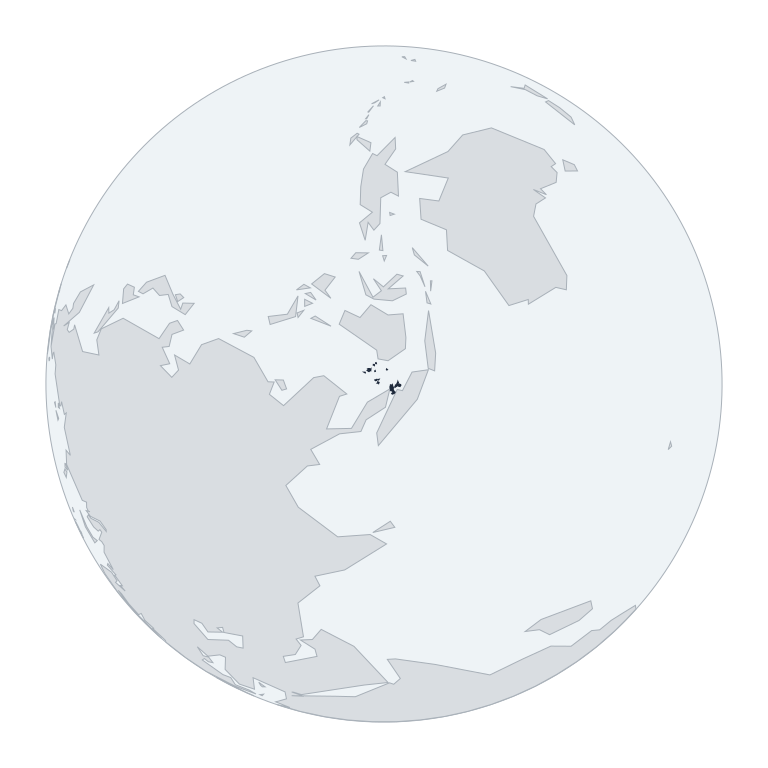 the Earth from above Kepulauan Riau, rotated 256°
{"feature_id": "IDN-1796", "entity_name": "Kepulauan Riau", "entity_type": "Province", "adm_level": 1, "iso_a3": "IDN", "parent_name": "Indonesia", "parent_adm1": "", "projection": "orthographic", "projection_center": [105.285, 2.055], "detail": "fine", "context": "on_globe", "style": "filled", "palette": "slate", "viewbox_px": 768, "rotation_deg": 256, "n_neighbors": 0, "source": "natural_earth", "source_scale": "10m", "svg_char_len": 12472}
<svg xmlns="http://www.w3.org/2000/svg" viewBox="0 0 768 768"><g transform="rotate(256 384 384)"><circle cx="384" cy="384" r="338" fill="#eef3f6" stroke="#a8b0b8"/><path d="M697.2,480.5L696.7,483.0L696.5,483.3L697.2,480.5ZM576.5,106.3L580.7,109.4L573.1,104.0L576.5,106.3ZM559.2,95.0L559.5,95.2L552.9,91.3L550.4,90.1L542.2,85.7L533.0,80.7L527.6,78.1L529.8,79.4L523.0,76.6L520.6,75.0L508.5,70.3L494.4,64.6L516.7,73.2L538.3,83.4L559.2,95.0ZM551.4,90.8L554.2,92.4L551.7,91.2L551.4,90.8ZM537.0,83.6L532.2,81.7L535.5,82.7L537.0,83.6ZM528.3,80.0L516.8,76.4L521.9,79.3L501.0,70.0L517.7,75.5L521.0,76.0L523.2,77.5L528.3,80.0ZM491.3,65.9L487.2,64.6L489.8,65.0L491.3,65.9ZM98.8,202.7L92.8,214.5L101.8,202.0L102.1,213.2L109.2,213.5L130.7,185.9L119.2,184.5L127.8,171.1L145.5,160.8L157.2,164.1L160.9,159.2L162.5,147.3L174.2,139.3L164.1,142.8L161.4,147.8L155.0,150.6L157.0,146.4L161.1,143.3L160.2,140.9L141.0,157.4L136.2,164.3L128.2,167.0L119.6,179.2L114.2,184.8L126.8,166.5L132.5,159.9L148.2,141.9L166.6,125.3L186.2,110.0L188.0,109.9L192.1,107.4L203.1,100.2L202.3,101.7L212.6,94.8L220.1,92.9L219.6,90.1L232.5,83.2L244.0,78.6L248.1,76.2L229.4,84.0L222.0,87.9L215.8,91.7L195.6,103.8L192.1,105.9L198.9,101.3L222.1,87.4L246.3,75.4L267.7,67.3L277.8,65.2L267.3,74.1L257.6,77.4L256.5,75.5L245.7,82.8L252.2,79.5L251.5,81.3L263.6,76.5L263.7,77.7L275.2,71.7L276.6,72.6L269.4,76.4L288.5,71.7L295.0,73.4L299.3,72.0L302.1,69.9L308.5,74.3L311.4,73.1L310.4,71.1L315.5,67.7L327.0,63.9L328.6,65.5L324.6,67.1L318.8,73.8L308.1,78.8L309.9,79.2L319.6,75.4L326.7,67.1L333.2,64.4L331.2,67.8L332.4,66.3L336.1,65.6L341.3,66.8L344.1,63.1L382.8,56.6L396.7,59.5L390.6,62.4L419.3,63.3L432.8,68.7L431.8,66.5L444.9,66.9L440.9,65.1L441.4,64.2L473.3,67.3L482.0,70.2L494.6,71.3L494.2,70.5L488.4,68.2L501.0,70.0L521.9,79.3L521.9,80.5L534.9,86.5L533.2,88.9L537.7,94.5L528.3,95.1L532.7,100.4L537.3,102.3L546.8,111.7L550.4,126.3L527.2,105.7L517.8,87.2L519.8,93.4L513.3,89.8L510.3,91.0L512.3,96.3L516.3,98.1L488.4,99.4L481.1,114.4L496.3,116.0L505.9,123.0L510.9,146.8L482.4,176.7L494.8,190.6L495.6,199.0L484.8,202.6L483.4,190.3L472.4,184.6L473.3,177.7L455.5,181.0L455.9,171.5L441.8,179.7L447.2,188.0L462.8,187.8L450.4,200.4L466.3,216.5L468.1,234.5L441.3,264.2L414.2,272.0L412.5,277.9L401.7,270.3L387.3,281.3L407.2,317.3L406.6,327.6L383.3,345.5L382.8,337.8L354.3,317.4L348.8,341.7L370.4,363.5L377.8,388.5L361.1,379.8L353.6,358.0L343.5,350.1L346.4,328.8L338.3,297.1L321.5,302.1L323.0,289.8L309.3,264.2L285.2,271.0L246.9,302.1L241.3,334.1L228.2,347.8L213.1,300.9L214.2,270.5L203.7,273.0L192.3,247.5L158.2,244.7L157.8,237.0L150.4,240.3L143.0,232.5L144.1,220.4L137.6,220.9L135.9,253.1L143.4,252.9L155.8,241.0L153.4,252.7L161.1,263.7L136.7,291.4L93.4,315.7L96.7,291.9L102.6,228.7L106.7,222.0L107.0,221.2L107.5,219.9L100.4,230.7L103.9,219.0L92.7,261.6L87.5,280.5L92.7,317.1L90.3,320.8L94.3,328.6L116.0,320.6L114.5,328.6L99.6,365.6L76.1,416.4L83.6,452.1L89.3,482.5L84.3,502.1L94.5,525.8L93.3,533.8L99.7,547.3L104.3,561.3L108.4,574.4L104.7,574.0L96.8,561.8L88.5,547.9L77.5,526.4L68.1,504.1L60.4,481.2L54.2,457.8L49.8,434.1L47.1,410.1L46.1,385.9L46.8,361.8L49.3,337.8L53.4,314.0L59.3,290.5L66.8,267.5L75.9,245.2L86.6,223.5L98.8,202.7ZM139.6,150.6L126.2,166.7L126.9,165.2L117.7,176.3L125.3,166.7L130.8,160.2L139.6,150.6ZM161.8,183.4L173.7,185.9L181.6,168.6L186.9,168.5L187.7,163.1L182.2,167.4L186.0,153.2L195.9,149.4L201.3,142.7L197.5,141.7L178.7,151.3L173.0,171.1L164.6,177.5L161.8,183.4ZM118.0,175.6L117.9,175.7L118.6,175.1L112.8,182.5L115.9,178.3L118.0,175.6ZM195.7,103.4L195.8,103.3L193.3,105.0L191.1,106.6L195.7,103.4ZM306.9,55.3L310.2,54.4L312.2,54.0L323.5,51.6L325.6,51.4L319.7,52.8L306.9,55.3ZM124.9,190.3L118.9,195.4L119.6,192.7L121.5,191.4L124.9,190.3ZM112.6,188.4L112.2,192.2L111.0,190.4L112.6,188.4ZM311.1,54.7L315.5,53.6L313.9,54.3L311.1,54.7ZM327.8,51.3L326.9,51.8L327.2,51.2L327.8,51.3ZM251.6,643.9L258.6,648.0L254.1,648.1L251.6,643.9ZM117.5,479.4L123.6,532.2L115.5,531.9L107.4,516.1L100.7,484.0L108.0,475.4L109.7,461.1L117.5,479.4ZM462.8,451.7L472.9,454.0L472.5,455.5L462.8,451.7ZM452.3,445.4L463.9,446.7L450.3,448.8L452.3,445.4ZM468.4,447.3L480.2,445.2L485.3,443.0L484.3,446.2L468.4,447.3ZM444.5,445.0L401.5,441.6L384.5,436.3L388.5,430.7L416.0,434.0L444.5,445.0ZM387.1,430.5L361.1,412.6L325.6,363.6L338.3,365.1L375.5,395.5L373.1,400.3L388.8,414.1L387.1,430.5ZM450.0,404.6L447.5,419.5L423.8,416.5L413.1,413.3L405.6,393.6L409.8,384.3L418.6,385.1L452.9,355.0L464.8,363.9L454.3,376.8L464.1,390.5L450.0,404.6ZM242.6,337.2L249.3,356.9L242.3,359.8L242.6,337.2ZM466.6,333.7L452.9,346.6L465.4,328.9L466.6,333.7ZM474.0,316.9L474.9,324.0L469.3,316.7L474.0,316.9ZM412.2,287.3L402.8,288.3L402.6,283.4L414.4,279.4L412.2,287.3ZM469.3,250.2L469.3,263.9L467.5,268.5L463.2,259.8L469.3,250.2ZM335.5,58.3L317.4,61.1L305.8,64.5L301.4,67.9L299.8,65.0L317.7,59.7L335.5,58.3ZM376.8,56.3L380.5,54.4L384.1,55.2L383.7,55.8L376.8,56.3ZM375.4,55.1L370.2,53.1L375.7,52.0L378.7,53.8L375.4,55.1ZM340.0,51.9L334.5,52.5L335.9,51.8L340.0,51.9ZM618.6,609.0L619.2,612.2L609.6,621.3L597.7,630.1L589.3,631.8L618.6,609.0ZM543.9,623.3L546.8,611.3L558.3,611.7L550.8,621.7L543.9,623.3ZM626.6,602.3L635.4,592.4L641.9,578.8L637.0,591.5L640.0,593.3L621.1,611.7L626.6,602.3ZM510.5,569.7L445.0,587.7L431.3,583.7L436.2,574.1L426.5,543.4L431.1,544.4L429.9,524.2L469.4,508.7L498.2,478.0L518.5,481.9L534.9,459.8L555.4,463.5L548.3,481.5L568.3,496.2L584.9,456.0L594.1,502.3L606.6,520.6L606.5,550.2L572.8,596.1L556.3,603.8L554.5,598.8L547.3,603.1L538.0,599.8L535.6,583.1L528.4,587.4L536.6,576.0L525.5,585.7L521.9,575.0L510.5,569.7ZM655.3,506.0L657.5,507.8L659.9,516.7L656.5,514.4L655.3,506.0ZM691.4,488.4L691.5,492.5L689.5,492.8L691.4,488.4ZM696.5,483.3L694.1,484.0L697.2,480.5L696.5,483.3ZM670.8,482.0L671.6,485.1L670.5,485.9L670.8,482.0ZM670.0,480.8L671.8,476.6L671.1,481.1L670.0,480.8ZM660.5,454.0L662.1,452.0L662.7,453.9L660.5,454.0ZM487.7,455.4L501.9,444.7L509.5,444.4L487.7,455.4ZM658.6,448.7L654.7,447.5L655.3,445.2L658.6,448.7ZM659.1,443.1L658.9,439.7L660.9,448.0L659.1,443.1ZM651.9,434.2L656.5,441.1L651.4,434.9L651.9,434.2ZM649.0,434.5L645.5,431.3L645.8,430.3L649.0,434.5ZM607.2,432.5L620.5,454.4L609.3,452.2L596.9,438.1L586.3,448.2L562.8,443.5L568.4,437.1L565.5,425.9L540.7,418.9L535.7,411.4L544.7,407.7L528.0,400.5L546.3,399.2L553.5,414.3L563.8,404.3L581.1,409.2L597.5,416.1L610.4,428.7L607.2,432.5ZM546.0,430.7L549.1,431.0L546.3,435.1L546.0,430.7ZM638.9,422.1L643.9,430.1L643.3,431.7L640.7,430.2L638.9,422.1ZM613.4,426.6L627.5,416.9L630.7,417.6L621.3,429.7L613.4,426.6ZM624.2,408.7L630.6,411.3L633.8,418.6L632.4,420.2L624.2,408.7ZM508.8,413.7L508.1,417.6L503.3,414.0L508.8,413.7ZM515.1,411.9L529.4,417.6L513.7,415.2L515.1,411.9ZM470.9,394.3L475.1,404.0L488.7,399.2L478.4,406.9L487.4,423.1L484.2,428.7L475.3,411.1L471.9,428.2L465.9,427.4L462.7,412.3L468.8,394.8L474.9,388.0L499.3,387.0L470.9,394.3ZM515.0,400.5L511.2,389.3L514.0,382.4L518.2,388.4L515.0,400.5ZM499.6,362.5L489.3,349.4L480.0,353.2L498.6,338.0L505.5,352.9L499.6,362.5ZM490.6,335.0L481.9,338.4L490.8,329.5L490.6,335.0ZM479.6,334.2L478.5,325.8L485.4,327.5L479.6,334.2ZM495.1,335.8L496.5,321.8L500.1,330.4L495.1,335.8ZM475.1,307.1L490.3,321.9L470.8,314.5L469.3,287.9L477.5,288.0L475.1,307.1ZM516.3,210.6L513.9,203.8L521.1,203.2L520.7,208.0L516.3,210.6ZM542.4,197.8L522.2,200.9L505.7,204.8L511.2,208.4L508.2,219.3L499.4,207.9L510.4,197.0L523.1,196.3L524.2,187.6L533.0,183.0L529.8,172.0L533.3,168.1L540.2,178.2L542.4,197.8ZM527.8,167.4L525.4,149.7L539.3,154.4L543.0,159.3L538.3,165.2L531.2,162.3L527.8,167.4ZM528.9,147.1L522.0,144.5L503.8,119.1L503.5,115.1L524.7,135.4L519.3,134.2L521.3,140.1L528.9,147.1ZM488.9,65.6L487.3,64.7L491.0,66.1L488.9,65.6ZM438.9,63.3L440.2,62.3L444.5,63.4L438.9,63.3ZM446.3,60.6L440.5,59.9L446.0,59.9L446.3,60.6ZM427.8,58.9L437.9,59.3L429.2,60.0L427.8,58.9Z" fill="#d9dde1" stroke="#a8b0b8" stroke-width="1"/><path d="M402.3,373.3L402.4,373.2L402.3,373.6L402.0,374.0L401.8,374.4L401.6,374.4L401.4,374.4L401.1,374.6L400.8,374.4L400.5,374.3L400.7,374.1L400.9,373.9L401.0,373.8L401.1,373.7L401.3,373.8L401.6,374.1L401.5,373.7L401.4,373.6L401.0,373.6L400.3,373.4L400.1,373.1L400.1,372.9L400.0,372.5L399.9,372.4L400.1,372.1L400.3,372.1L401.0,371.5L401.0,371.3L401.3,371.1L401.4,371.3L401.5,371.7L402.3,372.6L402.3,372.9L402.1,373.1L402.3,373.3ZM380.3,389.7L380.4,390.0L380.2,390.2L380.3,390.6L380.1,390.8L380.0,391.2L379.8,391.2L379.3,391.1L379.3,390.9L379.2,390.8L379.1,390.7L379.3,390.7L379.1,390.6L378.9,390.5L378.9,390.4L379.2,390.3L379.1,390.2L379.3,390.0L379.2,390.0L379.1,389.9L378.7,390.0L378.4,390.1L378.0,390.2L377.9,390.1L377.8,389.7L378.3,389.4L378.4,389.2L378.7,389.2L378.8,389.0L379.2,389.2L379.4,389.2L379.8,389.0L379.8,388.9L379.9,389.1L379.9,389.4L380.0,389.5L380.3,389.7ZM381.9,397.5L382.4,397.8L381.9,397.8L381.9,398.1L381.4,397.9L381.0,397.6L380.8,397.4L380.6,397.4L380.3,397.4L380.0,397.6L379.9,397.5L379.6,397.7L379.4,397.5L379.1,397.4L379.0,397.2L379.3,396.9L379.5,396.2L379.8,395.9L379.8,396.0L380.1,396.1L380.4,396.4L380.4,396.5L380.2,396.5L380.3,396.6L380.5,396.6L380.8,396.9L380.9,397.2L381.1,397.3L381.3,397.0L381.4,396.9L381.6,397.1L381.9,397.5ZM379.5,398.3L380.0,398.9L379.9,399.0L379.6,399.2L379.5,399.6L379.4,399.7L379.2,399.7L378.9,399.5L378.7,399.7L378.7,400.0L378.4,399.3L378.3,399.2L378.3,399.3L377.9,398.9L378.1,398.5L378.3,398.3L378.4,398.2L378.5,398.3L378.4,398.5L378.5,398.6L378.5,398.4L378.7,398.5L378.9,398.4L379.2,398.1L379.5,398.3ZM377.3,389.3L377.3,389.5L377.2,389.9L377.1,390.0L377.0,390.3L376.7,390.3L376.4,390.2L376.2,390.2L375.9,389.8L375.8,389.7L376.1,389.8L376.2,389.7L376.1,389.4L376.4,389.4L376.5,389.4L376.5,389.2L376.9,389.4L377.0,389.3L376.9,389.1L377.0,389.1L377.3,389.3ZM373.2,391.3L373.5,391.7L373.2,392.2L373.1,392.3L373.0,392.2L372.6,391.6L372.5,391.4L372.6,391.0L372.7,390.9L372.8,390.9L373.0,391.2L373.2,391.3ZM387.0,378.4L387.3,378.5L387.2,378.6L387.1,379.0L386.6,379.1L386.8,379.2L386.8,379.3L386.6,379.4L386.4,379.2L386.6,378.6L386.3,378.4L386.4,378.2L386.5,378.0L386.7,378.5L386.9,378.6L387.0,378.4ZM377.8,390.9L377.9,391.0L378.0,391.1L377.9,391.2L377.8,391.3L377.5,391.4L377.4,391.4L377.3,391.1L377.0,390.9L377.0,390.6L377.4,390.7L377.4,390.9L377.8,390.9ZM373.1,390.1L373.0,390.3L372.8,390.2L372.6,390.2L372.4,389.9L372.5,389.6L372.7,389.4L372.8,389.4L372.8,389.6L372.9,389.8L373.1,389.9L373.1,390.1ZM379.7,394.8L380.6,395.9L380.2,395.7L379.9,395.5L379.8,395.3L379.7,395.2L379.4,394.8L379.3,394.7L379.6,394.8L379.7,394.8ZM404.9,378.8L405.0,378.4L405.3,378.5L405.2,378.7L405.2,379.1L404.9,379.3L404.5,379.1L404.9,378.8ZM389.9,377.4L389.9,377.9L389.7,377.8L389.5,377.7L389.4,377.1L389.6,377.1L389.9,377.4ZM375.1,390.9L375.3,391.2L375.4,391.3L375.5,391.5L375.4,391.6L375.0,391.4L374.9,391.3L374.8,391.1L374.9,390.8L375.1,390.9ZM376.1,390.2L376.2,390.4L376.2,390.5L375.6,390.4L375.5,390.2L375.8,390.1L376.1,390.2ZM378.2,391.9L378.0,392.0L377.6,391.8L377.5,391.6L377.9,391.5L377.9,391.4L378.0,391.4L378.1,391.7L378.2,391.9ZM379.4,395.7L379.2,395.7L379.3,395.9L379.3,396.0L379.2,396.0L378.8,395.6L378.8,395.4L378.9,395.5L378.8,395.2L379.4,395.7ZM406.5,381.2L406.5,381.3L406.4,381.3L406.2,381.4L405.9,381.4L406.0,381.2L405.9,381.1L405.7,381.1L405.9,381.0L406.2,381.1L406.5,381.2ZM389.8,376.3L390.0,376.3L389.9,376.8L389.8,376.7L389.9,377.0L389.6,376.9L389.7,376.4L389.8,376.3ZM375.4,390.9L375.6,390.9L375.8,391.1L376.1,391.5L375.9,391.5L375.8,391.3L375.5,391.2L375.4,390.9ZM379.3,397.7L379.4,397.8L379.1,398.0L378.8,398.0L378.8,397.9L379.3,397.7ZM400.0,368.0L399.9,368.4L399.8,368.5L399.6,368.4L399.8,368.2L400.0,368.0ZM379.8,391.4L380.0,391.4L380.1,391.5L379.7,391.6L379.4,391.7L379.5,391.5L379.8,391.4ZM397.4,390.0L397.7,390.2L397.4,390.4L397.4,390.2L397.2,390.1L397.3,390.0L397.4,390.0ZM398.8,378.3L398.9,378.5L398.5,378.5L398.5,378.3L398.8,378.3L398.8,378.3ZM373.3,390.7L373.4,390.8L373.3,391.0L373.1,390.9L372.9,390.7L373.3,390.7ZM373.5,392.0L373.5,392.4L373.4,392.5L373.3,392.4L373.5,392.0ZM378.8,394.1L378.9,394.3L378.7,394.3L378.6,394.2L378.4,394.0L378.5,393.9L378.8,394.1ZM373.6,391.3L373.6,391.5L373.4,391.3L373.0,391.1L373.4,391.1L373.6,391.3ZM389.6,379.8L389.6,380.0L389.5,379.9L389.4,379.6L389.5,379.5L389.6,379.8ZM374.5,391.2L374.8,391.4L374.8,391.5L374.7,391.6L374.5,391.3L374.5,391.2ZM381.1,390.0L381.4,390.1L381.5,390.4L381.3,390.5L381.3,390.3L381.1,390.1L381.1,390.0ZM377.7,391.9L378.0,392.1L378.1,392.3L377.7,391.9ZM380.3,391.1L380.3,391.3L380.1,391.4L380.2,391.1L380.3,391.1ZM380.7,391.7L380.8,391.7L380.9,391.8L380.7,391.8L380.7,391.7Z" fill="#64748b" stroke="#1e293b" stroke-width="1.5"/></g></svg>